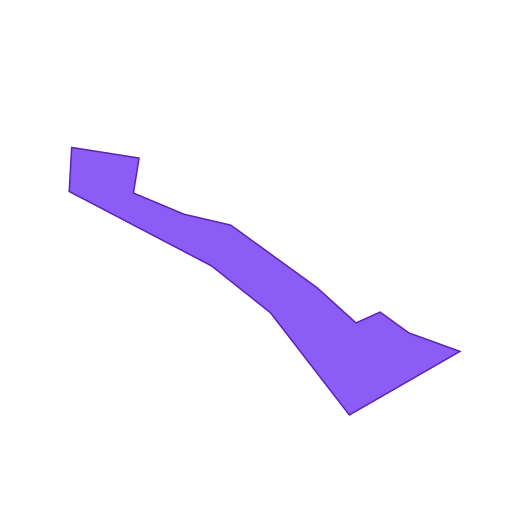 outline of Navotas, rotated 331°
{"feature_id": "PHL-5544", "entity_name": "Navotas", "entity_type": "Highly Urbanized City", "adm_level": 1, "iso_a3": "PHL", "parent_name": "Philippines", "parent_adm1": "", "projection": "robinson", "projection_center": [120.945, 14.665], "detail": "fine", "context": "isolated", "style": "filled", "palette": "violet", "viewbox_px": 512, "rotation_deg": 331, "n_neighbors": 0, "source": "natural_earth", "source_scale": "10m", "svg_char_len": 350}
<svg xmlns="http://www.w3.org/2000/svg" viewBox="0 0 512 512"><g transform="rotate(331 256 256)"><path d="M260.6,440.3L241.1,312.6L212.4,243.3L123.9,109.0L147.4,71.7L201.2,113.7L179.3,141.5L213.2,184.5L248.9,216.8L294.1,313.5L311.0,363.0L337.3,365.2L352.4,397.4L388.1,438.3L260.6,440.3Z" fill="#8b5cf6" stroke="#5b21b6" stroke-width="1.5"/></g></svg>